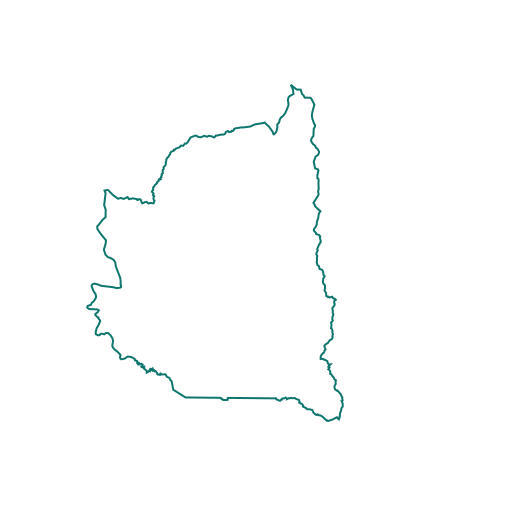 outline of Campoalegre, Huila, Colombia, rotated 305°
{"feature_id": "7082276B79425124325602", "entity_name": "Campoalegre", "entity_type": "district", "adm_level": 2, "iso_a3": "COL", "parent_name": "Colombia", "parent_adm1": "Huila", "projection": "mercator", "projection_center": [-75.337, 2.645], "detail": "fine", "context": "isolated", "style": "outline", "palette": "teal", "viewbox_px": 512, "rotation_deg": 305, "n_neighbors": 0, "source": "geoboundaries", "source_scale": "gbopen_adm2", "svg_char_len": 6141}
<svg xmlns="http://www.w3.org/2000/svg" viewBox="0 0 512 512"><g transform="rotate(305 256 256)"><path d="M416.2,186.3L413.6,190.7L410.2,193.8L406.1,191.8L404.3,191.7L401.8,192.8L400.3,194.4L398.2,196.1L393.9,197.2L389.8,198.0L385.9,197.8L383.9,197.1L381.6,197.2L378.6,198.3L375.8,198.0L373.8,199.6L369.5,201.4L366.1,201.1L365.7,200.6L367.4,198.2L369.5,192.1L369.9,188.3L370.4,186.7L369.1,185.7L362.9,179.4L358.8,177.1L354.3,172.2L353.0,170.3L348.6,165.8L347.5,165.2L346.2,165.6L344.9,165.2L344.6,164.3L343.4,164.3L342.0,162.8L342.4,161.8L342.1,161.2L340.1,160.1L338.7,160.6L337.8,160.4L336.2,159.1L335.7,158.0L332.1,154.8L331.6,154.0L329.3,153.9L328.8,153.1L328.8,151.5L327.3,148.3L325.7,147.6L324.7,144.6L321.7,142.8L320.4,140.4L320.3,137.9L319.4,136.9L315.6,134.4L309.6,134.8L307.9,134.3L307.4,133.3L304.4,133.1L303.3,131.1L301.2,131.0L298.0,128.8L296.1,128.4L295.8,127.8L295.0,128.2L292.8,126.8L291.1,126.7L290.0,127.3L288.5,127.1L286.8,127.4L285.6,127.0L283.4,127.2L282.5,127.9L280.8,128.4L279.9,129.3L278.1,129.8L275.8,129.4L274.2,130.5L273.3,130.3L272.1,130.7L270.5,132.2L268.8,131.8L268.0,132.6L266.8,132.7L266.3,133.3L265.6,133.0L264.8,133.1L264.3,134.0L263.9,133.8L263.5,132.7L262.9,132.5L261.6,133.2L259.4,132.7L258.6,133.2L256.5,132.5L254.3,132.7L253.1,132.4L251.1,133.9L249.9,133.6L248.9,133.9L248.5,136.2L246.8,136.7L246.8,137.9L246.5,138.4L245.5,138.3L244.7,138.7L243.3,140.0L243.2,141.0L240.5,141.9L238.7,138.9L237.3,137.7L237.6,135.3L236.6,134.3L234.0,132.8L234.0,132.2L235.8,129.5L236.0,128.6L235.2,127.3L234.3,127.2L233.8,126.6L234.2,125.6L232.5,121.9L231.7,121.4L230.6,119.9L229.8,119.6L229.7,119.1L230.6,117.0L226.9,114.9L225.9,111.8L223.8,110.2L223.9,103.7L225.1,97.5L224.9,96.5L222.7,94.4L221.1,96.8L210.6,102.4L207.6,106.4L201.5,110.5L197.4,109.5L191.3,109.3L189.8,108.9L188.8,109.2L187.1,110.7L185.2,115.6L182.8,124.1L180.2,125.6L173.9,127.8L170.7,132.0L170.1,135.3L170.9,138.0L171.2,141.6L170.0,144.4L167.1,147.1L160.3,157.2L158.1,159.3L155.0,161.4L154.2,162.6L153.0,163.3L152.3,163.0L149.9,160.5L148.4,156.7L142.7,146.1L142.2,143.3L140.8,139.6L139.0,138.3L137.4,138.4L136.7,139.0L134.1,143.0L132.6,146.7L131.0,148.3L129.7,148.8L126.1,149.1L123.1,148.3L121.4,148.8L118.7,146.8L117.2,147.1L116.8,147.7L116.9,149.9L121.1,156.4L121.4,158.3L119.2,158.6L116.4,157.6L115.6,158.1L114.9,161.4L115.3,162.2L114.4,163.0L113.7,165.3L113.1,165.7L109.9,166.5L105.4,166.9L101.8,168.3L100.1,169.6L100.4,172.1L101.5,173.3L102.9,173.3L104.1,174.4L104.8,176.6L106.8,177.2L108.1,179.1L107.5,182.6L106.2,185.7L104.3,187.7L99.9,189.8L98.9,191.6L98.2,194.5L98.2,196.9L97.4,201.4L97.0,201.9L94.8,202.8L94.2,203.8L94.1,204.8L95.9,206.7L97.1,207.5L100.0,208.5L101.7,211.7L102.1,215.7L101.1,216.8L101.8,218.6L100.1,220.2L99.7,221.6L101.3,221.4L100.7,223.3L101.9,223.8L102.0,225.3L101.8,225.8L100.5,226.0L99.6,225.6L99.4,226.0L99.8,227.3L101.1,228.0L99.6,228.8L99.2,232.3L97.8,233.4L98.8,234.0L100.4,234.1L100.6,235.1L102.3,234.2L103.1,234.2L103.3,234.6L102.6,235.5L104.6,235.9L104.3,236.3L103.5,236.2L102.8,237.2L104.0,238.2L103.4,239.0L104.1,239.7L103.6,241.6L103.2,242.5L102.6,242.9L102.6,243.5L103.5,245.5L104.7,245.0L105.0,245.1L104.9,246.8L107.2,249.7L106.0,252.1L106.4,255.1L105.2,257.2L105.1,258.6L99.0,265.0L99.7,279.4L119.5,308.3L119.5,309.4L119.1,309.8L119.5,311.1L119.2,311.7L121.2,314.6L122.0,315.3L123.3,314.3L123.8,314.6L150.9,354.1L150.3,354.8L151.0,358.4L151.6,359.0L152.8,359.0L153.1,359.5L154.2,359.2L155.8,361.0L156.9,361.4L157.1,362.9L156.5,363.5L158.4,364.4L158.7,365.3L160.0,366.2L160.4,367.5L161.9,369.2L161.9,370.6L162.7,373.7L161.5,375.5L160.6,375.6L161.1,378.7L160.6,380.4L159.6,380.7L159.6,381.2L160.2,384.3L159.8,385.0L159.9,386.1L161.2,387.7L161.3,388.5L162.2,390.3L160.6,393.0L160.3,395.1L160.6,395.7L160.3,396.3L160.8,397.1L161.7,397.5L161.5,398.7L162.1,399.5L162.6,401.8L161.7,408.6L162.2,408.7L162.4,409.9L166.4,412.8L170.2,414.6L170.5,415.4L170.2,415.9L169.9,415.9L169.8,417.6L172.2,416.9L175.4,415.0L177.6,414.5L180.4,413.3L182.4,413.4L184.8,411.7L186.2,409.5L186.4,409.8L187.6,409.7L188.7,408.3L189.7,407.8L189.9,406.8L191.3,405.0L192.4,400.6L192.2,400.1L192.5,399.8L192.1,399.3L192.1,397.4L192.7,396.3L193.9,395.2L194.9,394.8L196.7,394.8L197.9,394.0L198.4,393.3L200.0,392.8L200.0,391.0L201.0,389.5L201.2,388.2L201.6,387.5L201.5,386.9L202.3,385.6L202.0,384.4L203.9,383.2L204.9,381.1L204.7,380.3L206.8,380.1L206.5,379.3L206.6,378.8L207.2,378.7L209.9,379.2L208.8,377.8L209.6,376.0L210.8,374.7L210.6,372.6L210.5,371.9L210.1,371.5L210.1,370.0L208.8,368.0L210.4,366.8L211.8,366.4L214.4,366.5L216.0,367.0L218.5,366.3L219.6,366.4L220.7,364.4L222.0,363.4L224.9,364.2L226.0,364.8L229.2,364.7L231.2,365.7L232.3,365.8L233.3,365.4L234.2,364.5L236.3,363.7L237.1,362.4L238.6,361.6L239.1,361.0L240.0,359.4L239.9,358.9L243.0,357.3L244.6,355.6L245.9,356.0L247.3,355.9L247.7,355.0L249.6,353.7L252.5,353.0L253.4,351.4L255.4,350.3L256.0,349.3L257.2,348.4L260.1,348.6L261.8,348.1L262.5,346.8L264.4,345.9L265.9,346.5L266.2,345.2L265.6,343.5L266.3,341.7L264.1,340.0L264.2,338.9L263.7,338.5L264.0,338.0L263.5,337.3L263.6,336.5L265.8,334.7L267.2,331.8L269.0,331.2L271.5,329.3L272.1,326.9L272.9,325.8L276.1,324.0L278.6,323.9L279.0,323.6L279.2,322.2L282.0,319.5L282.3,318.8L282.6,318.0L281.8,315.5L283.8,313.3L283.8,311.7L285.6,309.3L286.9,308.8L289.6,306.9L291.2,306.2L291.9,304.5L293.6,303.7L296.0,303.4L296.8,302.2L300.5,301.3L303.0,301.0L304.3,301.1L305.4,300.4L307.9,297.6L308.9,297.4L309.4,295.6L308.5,292.6L309.3,291.8L310.0,288.7L311.8,288.0L313.9,288.2L316.4,287.7L320.0,285.9L322.8,285.2L326.2,283.4L327.7,283.1L329.6,283.1L330.5,276.4L330.7,275.6L331.6,274.8L332.4,272.6L341.5,272.2L342.6,271.8L344.4,269.9L347.0,268.8L351.3,265.5L353.5,264.2L355.1,262.7L355.0,261.6L356.9,260.2L361.8,258.1L362.5,257.2L361.7,254.1L366.4,249.2L371.5,247.8L374.5,248.9L376.7,248.4L377.8,247.6L379.1,244.7L379.1,242.7L380.2,241.4L380.4,238.5L381.5,235.6L382.7,234.5L385.2,234.0L387.2,234.2L393.2,230.4L396.0,230.0L397.0,229.4L397.7,227.8L400.8,223.4L403.2,221.1L406.3,219.6L413.5,217.0L416.6,211.1L416.7,209.6L413.7,205.1L414.9,202.6L415.1,200.8L417.9,197.2L415.7,193.9L416.2,186.3Z" fill="none" stroke="#0f766e" stroke-width="2"/></g></svg>